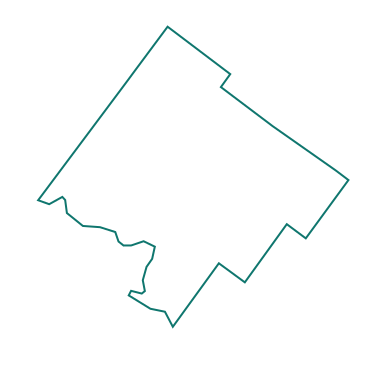 Johnson, Arkansas, United States of America, rotated 35°
{"feature_id": "52423323B48862010704992", "entity_name": "Johnson", "entity_type": "district", "adm_level": 2, "iso_a3": "USA", "parent_name": "United States of America", "parent_adm1": "Arkansas", "projection": "natural_earth1", "projection_center": [-93.456, 35.548], "detail": "fine", "context": "isolated", "style": "outline", "palette": "teal", "viewbox_px": 384, "rotation_deg": 35, "n_neighbors": 0, "source": "geoboundaries", "source_scale": "gbopen_adm2", "svg_char_len": 606}
<svg xmlns="http://www.w3.org/2000/svg" viewBox="0 0 384 384"><g transform="rotate(35 192 192)"><path d="M77.2,70.6L75.7,123.1L75.3,138.9L70.7,287.0L82.0,283.9L88.6,270.4L92.7,271.3L101.6,281.0L122.1,282.4L136.8,273.6L152.1,268.8L160.2,274.7L166.6,275.1L172.9,270.6L180.6,260.1L192.9,258.1L197.7,269.6L197.7,279.4L202.3,292.5L210.2,300.2L209.1,304.0L198.8,307.9L199.5,313.0L224.9,311.5L238.5,305.6L253.6,313.4L254.1,282.9L254.9,235.0L287.1,235.7L287.2,227.7L288.1,164.0L311.8,164.7L313.3,92.5L297.5,91.9L220.2,91.8L155.5,89.5L155.7,73.5L77.2,70.6Z" fill="none" stroke="#0f766e" stroke-width="2"/></g></svg>